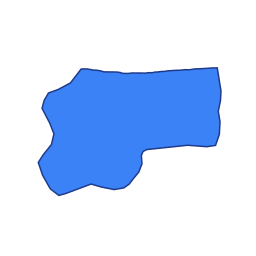 Parque del Plata, Canelones, Uruguay, rotated 200°
{"feature_id": "84410073B26612112301697", "entity_name": "Parque del Plata", "entity_type": "district", "adm_level": 2, "iso_a3": "URY", "parent_name": "Uruguay", "parent_adm1": "Canelones", "projection": "robinson", "projection_center": [-55.721, -34.756], "detail": "fine", "context": "isolated", "style": "filled", "palette": "blue", "viewbox_px": 256, "rotation_deg": 200, "n_neighbors": 0, "source": "geoboundaries", "source_scale": "gbopen_adm2", "svg_char_len": 1238}
<svg xmlns="http://www.w3.org/2000/svg" viewBox="0 0 256 256"><g transform="rotate(200 128 128)"><path d="M64.7,215.0L68.4,213.6L70.0,213.0L73.9,211.2L78.5,209.2L85.1,206.5L90.1,203.8L94.6,202.2L99.5,199.8L102.7,198.6L109.5,195.6L111.3,194.7L113.0,193.7L114.3,193.2L115.6,192.7L116.7,192.1L117.9,191.5L118.9,191.0L119.9,190.5L120.9,190.1L121.6,189.9L122.5,189.3L123.3,188.7L124.7,188.1L126.0,187.6L127.4,187.1L128.9,186.4L130.1,185.6L132.0,185.0L134.0,184.3L135.8,183.7L138.4,182.7L141.0,181.8L143.0,181.1L145.1,180.0L146.6,179.3L147.9,178.8L148.8,178.5L150.6,177.9L152.7,177.4L154.4,177.5L158.2,176.6L162.7,175.0L169.9,172.5L172.2,172.4L173.9,172.2L176.1,171.8L178.1,171.4L179.8,170.7L181.7,170.3L182.9,170.3L184.1,169.9L186.1,169.7L189.5,168.5L192.2,167.4L197.5,150.7L206.8,140.3L214.7,133.7L216.2,125.4L215.5,117.1L203.3,105.9L195.6,97.2L194.3,86.3L198.6,73.6L200.5,64.9L192.1,54.4L181.8,45.6L179.9,44.1L169.9,41.0L164.4,44.9L148.8,58.2L143.5,62.7L133.1,63.4L120.0,65.4L111.4,70.3L107.6,75.9L105.6,82.4L102.8,90.2L102.6,99.1L106.1,106.9L105.8,111.1L103.1,114.1L85.3,122.8L66.0,132.2L47.5,137.4L39.8,141.6L40.0,153.3L43.7,165.4L48.9,174.6L50.5,185.5L53.3,194.6L64.7,215.0Z" fill="#3b82f6" stroke="#1e3a8a" stroke-width="1.5"/></g></svg>